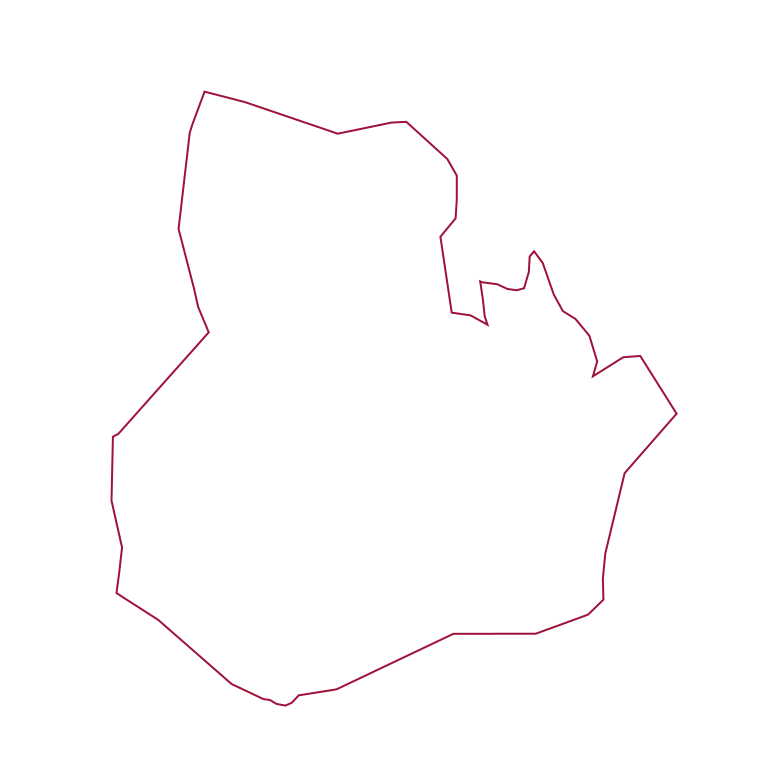 Mbo, Akwa Ibom, Nigeria, rotated 84°
{"feature_id": "59680162B50421987640425", "entity_name": "Mbo", "entity_type": "district", "adm_level": 2, "iso_a3": "NGA", "parent_name": "Nigeria", "parent_adm1": "Akwa Ibom", "projection": "mercator", "projection_center": [8.239, 4.651], "detail": "fine", "context": "isolated", "style": "outline", "palette": "rose", "viewbox_px": 768, "rotation_deg": 84, "n_neighbors": 0, "source": "geoboundaries", "source_scale": "gbopen_adm2", "svg_char_len": 954}
<svg xmlns="http://www.w3.org/2000/svg" viewBox="0 0 768 768"><g transform="rotate(84 384 384)"><path d="M267.7,220.9L272.4,225.8L287.6,228.2L303.4,234.7L304.6,242.3L302.4,251.3L296.7,260.8L293.0,276.0L292.0,277.6L310.7,276.8L326.9,276.8L335.9,274.9L324.8,290.7L320.1,309.2L243.4,312.5L226.8,295.5L208.6,292.4L184.4,289.8L166.9,297.5L125.6,334.4L125.5,336.0L124.8,349.5L130.2,403.9L89.1,492.9L74.5,531.9L105.5,547.3L113.7,550.9L208.3,572.1L269.0,563.0L287.9,560.8L314.3,552.9L405.7,653.3L408.1,659.1L471.6,667.2L519.2,661.6L543.6,667.0L564.0,671.9L595.0,633.2L666.4,567.0L684.8,536.8L686.3,530.5L691.0,524.2L693.5,515.6L691.4,509.1L684.7,501.3L682.7,463.2L639.7,341.2L648.2,259.2L634.7,205.2L621.4,188.3L600.5,186.7L575.6,181.6L497.8,154.0L444.1,96.1L382.9,126.2L382.4,143.3L398.2,175.4L383.8,169.6L357.5,174.7L339.3,186.8L336.1,190.9L330.2,198.5L319.4,203.0L312.8,205.8L280.2,213.5L267.7,220.9Z" fill="none" stroke="#9f1239" stroke-width="2"/></g></svg>